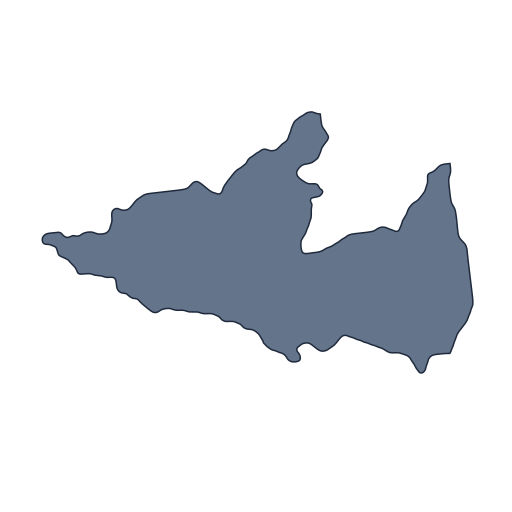 Los Llanos, San Pedro de Macorís, Dominican Republic, rotated 263°
{"feature_id": "3306468B56210487942158", "entity_name": "Los Llanos", "entity_type": "district", "adm_level": 2, "iso_a3": "DOM", "parent_name": "Dominican Republic", "parent_adm1": "San Pedro de Macorís", "projection": "albers", "projection_center": [-69.487, 18.651], "detail": "fine", "context": "isolated", "style": "filled", "palette": "slate", "viewbox_px": 512, "rotation_deg": 263, "n_neighbors": 0, "source": "geoboundaries", "source_scale": "gbopen_adm2", "svg_char_len": 6110}
<svg xmlns="http://www.w3.org/2000/svg" viewBox="0 0 512 512"><g transform="rotate(263 256 256)"><path d="M303.6,63.0L303.8,53.9L303.6,51.3L303.1,49.6L302.7,48.9L301.8,47.7L300.7,46.7L300.0,46.3L299.2,46.0L297.7,45.8L296.2,45.9L295.5,46.1L294.2,46.9L293.8,47.5L293.3,48.8L292.7,51.6L292.3,53.0L289.9,57.3L288.9,58.4L287.5,59.0L282.9,59.8L281.4,60.2L280.8,60.6L279.8,61.6L275.8,68.1L274.8,69.2L272.4,70.8L267.1,74.8L265.0,75.8L261.6,76.8L260.4,77.5L260.0,78.1L259.6,78.8L259.3,80.4L259.0,86.3L258.7,88.9L258.2,90.4L256.9,93.1L256.4,94.6L255.1,100.0L253.3,104.1L252.9,105.8L252.5,110.0L252.1,111.5L251.8,112.2L251.3,112.8L250.6,113.3L249.2,113.8L247.6,114.0L242.5,114.0L240.8,114.2L239.2,114.7L237.3,115.9L236.0,117.7L235.5,119.1L234.7,121.8L234.1,123.0L231.1,125.7L229.8,127.3L229.1,128.6L228.1,132.1L227.4,133.3L226.4,134.2L224.6,135.4L222.6,137.0L217.2,142.0L214.1,145.2L212.6,147.3L212.2,148.9L212.1,150.5L212.5,151.9L214.0,155.1L214.5,156.8L214.8,160.3L214.6,163.0L214.2,164.7L212.6,168.1L212.1,169.6L211.7,171.3L211.1,176.7L210.6,178.4L209.1,181.7L208.6,183.3L207.5,191.2L206.9,192.7L205.7,195.4L205.2,196.9L204.9,198.7L204.5,203.1L203.9,205.7L202.9,207.7L200.7,211.3L199.7,212.3L196.9,214.3L195.6,216.0L194.9,217.4L194.7,218.3L194.0,224.4L193.3,226.8L190.4,231.8L189.5,232.8L186.7,234.8L185.4,236.5L184.5,238.6L183.8,241.6L183.4,243.1L182.1,245.3L181.0,246.6L178.5,248.9L177.0,249.8L171.0,252.4L168.8,252.9L164.7,256.0L163.1,257.7L161.6,259.4L160.8,260.7L159.6,263.6L157.4,267.5L156.5,269.6L155.2,271.5L153.6,273.0L149.6,275.0L148.5,275.9L147.1,277.7L146.5,279.3L146.1,282.5L146.4,284.8L146.9,286.2L147.4,286.8L148.8,287.5L151.0,287.6L152.4,287.3L153.8,286.8L156.1,285.4L157.4,285.1L158.8,285.2L160.0,285.9L160.8,287.0L162.6,290.0L163.2,291.3L163.5,292.9L163.6,294.6L163.5,296.2L163.0,297.8L162.2,299.2L161.1,300.5L156.4,305.2L154.8,307.1L154.0,308.5L153.7,309.3L153.4,310.9L153.4,312.5L153.7,314.1L154.2,315.6L157.8,322.4L159.3,324.3L164.5,329.7L165.9,331.7L166.4,333.2L166.4,334.8L166.3,335.6L165.7,336.9L164.3,339.4L163.1,342.3L160.8,346.2L159.6,349.1L157.3,353.0L156.1,355.9L153.9,359.8L152.7,362.7L150.5,366.6L149.2,369.5L147.9,371.4L145.2,374.7L143.9,376.9L143.3,379.3L142.8,384.2L142.3,386.6L139.1,393.4L137.7,395.1L135.9,396.5L133.1,397.7L129.1,399.8L125.4,401.2L121.2,403.5L120.2,404.4L119.9,405.1L119.7,406.5L120.2,407.9L121.6,409.5L122.8,410.3L126.3,411.7L128.9,413.1L132.5,414.6L134.2,416.0L135.5,417.9L135.8,418.7L136.2,420.4L136.4,423.9L136.2,431.2L135.7,436.5L136.8,437.4L140.1,439.1L142.6,440.6L146.2,442.2L149.5,444.0L153.7,446.1L156.5,448.4L163.7,455.5L166.5,457.7L170.7,459.9L174.0,461.8L176.9,463.0L180.2,464.8L181.7,465.3L184.4,465.7L188.1,465.9L226.2,466.0L237.2,466.2L240.2,465.7L241.7,465.2L243.3,464.3L247.0,461.6L248.5,460.6L249.3,460.2L251.1,459.7L252.9,459.4L255.7,459.3L270.1,459.6L275.8,459.4L278.6,459.0L280.3,458.4L283.5,457.0L285.2,456.5L287.0,456.3L290.7,456.1L303.0,456.2L306.7,456.4L308.5,456.7L310.2,457.1L314.2,458.9L315.9,459.4L319.6,459.8L324.2,459.8L324.2,453.9L324.0,452.2L323.7,450.6L322.6,448.4L319.5,444.4L318.6,443.0L318.0,441.6L317.0,438.1L316.2,437.0L315.7,436.5L314.3,436.0L309.0,435.4L307.4,435.0L300.5,431.8L299.1,430.9L296.0,428.1L292.5,424.4L291.1,422.4L289.4,418.8L288.5,417.4L286.8,415.5L285.0,413.7L282.9,412.3L279.3,410.5L273.3,405.9L269.0,403.9L264.8,401.5L263.8,400.6L263.5,399.9L263.3,398.5L263.6,397.2L265.3,394.2L266.7,391.4L268.5,388.2L269.0,386.7L269.3,385.1L269.3,383.5L269.0,381.9L268.5,380.4L266.9,377.1L266.4,375.5L266.2,373.9L266.0,369.5L266.1,356.5L265.9,352.9L265.6,351.1L265.1,349.6L263.3,346.3L262.1,343.4L259.8,339.5L258.6,336.6L256.6,332.6L255.0,326.4L253.4,323.0L252.9,321.5L252.5,319.7L252.3,317.0L252.2,306.9L252.4,305.3L252.9,303.8L253.4,303.1L254.1,302.6L254.8,302.2L256.3,301.9L258.0,301.8L260.6,301.8L264.1,302.3L265.8,302.8L267.2,303.7L271.8,307.4L273.2,308.3L276.1,309.7L280.0,312.0L282.9,313.2L286.9,315.2L289.5,315.8L295.7,316.6L299.7,317.7L300.8,317.7L303.5,316.8L304.8,316.9L305.4,317.1L306.0,317.4L306.5,318.0L306.8,318.7L307.0,320.2L307.3,324.3L307.7,326.0L308.0,326.8L308.9,328.1L310.0,329.2L311.3,329.9L312.1,330.0L313.3,329.6L315.1,327.7L315.6,327.4L318.5,326.2L319.5,325.4L320.0,324.7L320.5,323.3L321.1,318.3L321.5,316.6L322.8,314.3L325.6,310.9L328.1,308.4L330.3,307.0L331.9,306.5L333.5,306.5L334.3,306.6L335.8,307.4L337.7,309.0L339.3,310.9L340.2,312.4L340.6,313.1L341.0,314.9L341.4,320.3L341.9,322.8L342.9,324.9L345.1,328.6L345.5,329.1L346.7,330.0L351.0,332.5L354.6,334.2L355.8,335.0L357.7,336.6L361.9,340.7L363.2,341.6L364.5,342.2L365.2,342.4L366.5,342.2L371.7,339.9L375.0,338.1L377.2,337.3L381.4,337.0L389.1,337.1L389.9,334.0L391.5,330.7L392.1,329.3L392.3,327.7L392.2,325.2L391.8,323.6L389.8,319.7L388.6,316.7L385.6,311.7L384.7,310.6L384.2,310.1L379.9,307.5L378.6,306.8L375.6,305.6L371.7,303.5L368.9,302.2L367.6,301.3L366.1,299.7L363.9,295.6L360.2,291.0L359.3,289.5L358.7,288.0L358.5,286.4L358.6,284.0L359.0,282.5L360.8,278.6L361.0,277.1L360.9,275.6L360.4,274.2L359.0,271.6L357.8,268.7L355.5,264.8L354.2,262.0L353.3,260.8L352.3,259.7L349.5,257.7L348.6,256.7L345.6,251.8L343.6,247.5L342.1,245.5L340.4,243.6L334.3,237.4L330.5,233.9L327.8,231.9L325.1,230.6L323.9,229.9L322.9,229.0L322.2,227.8L322.1,227.1L322.2,225.8L324.2,221.4L325.0,219.9L327.2,217.3L333.5,211.3L335.8,208.8L336.7,207.4L337.0,206.7L337.2,205.9L337.1,204.3L336.9,203.6L336.2,202.1L333.1,198.3L332.1,197.0L331.5,195.5L331.1,193.8L330.9,191.2L330.8,188.6L331.0,158.3L330.9,155.7L330.5,153.2L330.0,151.6L326.5,144.8L324.9,142.8L320.8,138.6L319.2,136.7L318.3,135.4L317.7,133.8L317.5,132.2L317.6,129.8L318.0,128.3L319.9,124.6L320.2,123.1L319.9,121.5L319.6,120.8L318.7,119.6L317.6,118.7L316.9,118.4L314.6,117.8L309.7,117.5L307.3,117.0L300.4,113.9L299.2,113.0L298.2,111.9L297.3,110.5L296.9,109.0L296.7,107.4L296.6,105.7L297.0,102.4L297.5,100.9L299.1,97.6L299.7,96.1L300.0,94.5L300.2,92.0L300.0,89.6L299.7,88.0L299.2,86.5L297.9,83.9L297.5,82.5L297.6,80.3L298.3,77.8L298.5,76.6L298.3,75.5L297.5,73.0L297.4,71.6L297.5,70.8L297.7,70.1L298.3,68.8L299.8,67.3L302.4,65.4L303.1,64.3L303.6,63.0Z" fill="#64748b" stroke="#1e293b" stroke-width="1.5"/></g></svg>